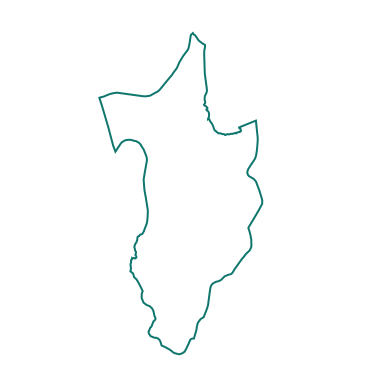 the district of Bachiangchaleunsook, Champasak, Laos, rotated 164°
{"feature_id": "54806243B89644559951637", "entity_name": "Bachiangchaleunsook", "entity_type": "district", "adm_level": 2, "iso_a3": "LAO", "parent_name": "Laos", "parent_adm1": "Champasak", "projection": "equal_earth", "projection_center": [105.973, 15.25], "detail": "fine", "context": "isolated", "style": "outline", "palette": "teal", "viewbox_px": 384, "rotation_deg": 164, "n_neighbors": 0, "source": "geoboundaries", "source_scale": "gbopen_adm2", "svg_char_len": 5834}
<svg xmlns="http://www.w3.org/2000/svg" viewBox="0 0 384 384"><g transform="rotate(164 192 192)"><path d="M273.1,132.8L272.5,131.9L271.1,129.9L271.1,126.1L269.5,123.4L268.6,120.3L267.6,115.5L266.7,110.4L268.3,108.2L269.6,104.0L269.1,99.1L266.9,96.0L264.1,93.9L262.5,91.2L261.9,88.2L262.2,83.4L262.2,82.7L261.9,81.4L261.9,80.6L262.2,79.8L263.4,78.8L264.8,78.2L267.9,74.0L270.0,72.6L271.1,70.9L272.1,70.1L272.5,67.9L271.5,64.8L270.0,63.7L268.8,62.6L267.7,62.0L266.5,61.7L265.6,61.0L264.5,59.7L263.9,58.4L263.6,56.8L263.6,54.6L263.5,53.0L262.9,52.2L261.1,50.8L258.5,48.3L256.8,46.5L255.6,45.0L254.3,43.0L253.2,41.9L249.0,39.5L246.0,39.6L244.5,40.1L243.0,40.6L240.2,43.5L238.5,45.5L237.3,46.8L235.0,49.7L234.3,50.5L233.3,50.9L232.3,51.0L231.1,50.8L230.6,50.6L227.0,56.2L226.3,57.3L225.6,58.6L225.1,59.6L224.6,60.9L223.3,63.2L222.6,64.3L222.0,65.0L220.5,66.1L219.9,66.6L219.3,67.1L218.7,67.4L218.0,67.7L216.9,68.0L216.2,68.2L215.3,68.4L214.2,69.9L213.2,71.2L211.4,73.5L209.2,76.5L207.7,79.0L203.8,88.0L202.7,90.5L201.3,93.6L200.1,95.9L198.9,97.1L197.5,98.2L195.6,98.7L193.3,99.1L191.6,98.9L189.2,99.2L187.8,99.7L185.3,101.1L184.0,101.9L181.7,102.2L179.4,102.4L177.3,102.3L176.0,102.8L174.6,103.9L172.4,106.0L165.1,111.8L161.9,114.3L159.9,115.5L157.5,117.4L155.7,118.4L153.6,119.4L152.0,120.6L150.8,122.0L150.0,123.2L149.5,124.8L149.0,126.6L148.7,128.0L148.2,129.5L147.7,134.5L147.6,139.3L147.8,141.4L147.4,142.4L138.9,150.3L132.1,156.8L128.5,160.6L127.9,161.1L127.3,162.8L126.8,164.5L126.7,166.9L126.8,174.4L127.6,184.3L128.3,186.0L129.0,187.5L132.8,191.5L133.5,193.0L133.6,194.5L133.4,195.9L132.6,197.1L131.6,198.6L127.7,202.0L124.0,205.1L122.1,206.8L120.4,209.3L118.3,213.8L116.4,218.6L114.4,224.1L113.8,226.6L110.9,243.0L128.9,241.1L128.9,240.3L128.8,240.1L128.6,240.0L128.4,239.9L128.2,239.8L128.1,239.6L128.0,239.1L128.0,238.8L128.0,238.5L128.0,238.2L128.0,237.9L128.3,237.6L128.3,237.4L128.3,236.9L128.6,236.7L128.8,236.7L129.3,236.8L129.6,236.6L129.8,236.7L130.1,236.8L130.3,236.8L130.7,236.6L131.0,236.6L131.3,236.7L131.6,236.7L132.1,236.6L132.4,236.6L132.8,236.7L133.1,236.5L133.5,236.2L133.8,236.5L134.1,236.8L134.8,236.8L135.5,236.8L136.1,236.7L136.4,236.8L137.0,236.8L137.5,236.8L138.2,237.1L138.7,237.3L140.3,237.1L141.3,237.5L142.2,237.9L143.2,237.7L143.6,237.8L144.0,237.6L144.3,237.6L144.5,237.7L144.9,238.3L145.1,238.6L145.3,238.8L145.6,238.9L146.2,239.1L146.6,239.2L147.5,239.8L148.1,240.3L148.5,240.5L148.8,240.7L149.2,240.8L150.1,240.9L150.3,241.0L150.5,241.3L150.7,241.7L150.9,242.0L151.4,242.4L151.7,242.7L151.8,243.0L152.0,243.5L152.3,243.9L152.5,244.1L152.7,244.4L152.9,244.6L153.0,244.7L153.1,245.0L153.2,245.3L153.3,245.9L153.4,246.8L153.5,248.9L153.6,249.7L153.8,251.2L154.0,252.0L154.2,252.7L154.5,253.3L154.7,253.8L154.9,254.4L155.0,254.8L155.1,255.4L155.2,256.1L155.3,256.7L155.3,257.2L155.4,257.4L155.5,257.6L155.9,257.7L156.1,257.6L156.5,257.5L156.4,257.8L156.1,258.3L155.7,258.8L155.2,259.4L154.8,260.0L154.7,260.4L154.5,261.0L154.3,261.6L154.1,262.2L154.0,262.6L154.0,263.1L154.0,264.0L154.1,264.6L154.2,265.0L154.4,265.4L154.6,265.7L155.2,266.3L155.5,266.7L155.5,266.9L155.5,267.1L155.4,267.3L155.2,267.5L154.7,267.7L154.4,267.8L154.2,268.0L154.0,268.4L154.1,268.6L154.3,269.0L154.4,269.6L154.6,270.0L154.8,270.3L155.3,270.9L155.6,271.2L156.3,271.9L156.4,272.0L156.4,272.4L156.3,272.5L156.2,272.8L155.8,273.1L155.2,273.6L154.9,273.9L154.7,274.2L154.6,274.5L154.5,275.0L154.5,275.6L154.5,276.1L154.5,276.6L154.4,277.1L154.2,278.1L153.1,280.8L150.8,283.3L149.8,285.0L149.3,287.1L147.1,302.1L142.3,321.2L141.1,324.8L139.9,327.0L138.9,329.7L141.2,332.2L142.9,334.5L143.9,336.0L145.3,340.3L145.6,341.2L146.0,342.1L146.6,342.6L147.1,343.5L147.3,344.5L149.8,343.3L152.5,337.5L153.5,335.3L155.8,331.0L156.9,329.8L159.0,328.2L163.1,325.1L168.4,320.2L171.2,316.7L172.6,315.1L177.3,311.6L179.1,309.9L181.1,308.7L195.3,298.9L196.7,298.3L197.9,297.8L198.7,297.8L202.1,297.0L203.5,296.7L205.1,296.2L206.4,296.2L208.4,296.5L210.2,296.7L211.9,297.3L213.5,297.9L215.5,298.8L236.8,308.2L240.7,308.7L243.7,308.8L246.4,308.6L250.1,308.1L253.2,308.1L253.3,308.2L255.1,308.1L254.8,299.1L254.6,277.6L255.0,258.2L254.5,251.9L246.7,258.6L245.5,259.2L244.3,259.6L243.0,259.9L241.7,260.1L238.5,259.7L236.6,259.0L234.8,258.1L234.1,257.4L231.9,256.4L230.6,255.2L229.1,253.5L228.2,251.4L227.6,248.9L226.8,246.5L226.0,238.9L226.2,236.5L226.6,234.8L232.5,222.8L233.9,219.7L234.9,217.7L235.4,215.8L235.9,213.2L236.6,209.9L237.2,206.7L237.6,202.9L237.8,200.7L239.5,186.6L240.2,184.3L241.4,180.6L242.7,177.3L244.2,174.1L247.5,169.8L249.2,167.4L250.7,166.0L251.0,165.6L251.5,165.4L252.1,165.3L253.2,165.3L253.4,165.3L253.7,165.2L254.1,165.0L254.2,164.9L254.6,164.5L254.8,164.4L255.0,164.2L255.9,164.2L256.0,164.1L256.4,163.9L256.7,163.7L256.8,163.5L257.0,163.2L257.2,162.7L257.4,162.2L257.6,161.7L257.8,161.2L257.9,160.9L258.1,160.6L258.4,160.3L258.6,160.1L258.9,159.5L259.0,159.3L259.4,158.8L259.6,158.7L259.9,158.5L260.4,158.2L260.6,158.0L260.9,157.5L261.1,157.3L261.3,157.0L262.0,156.1L262.2,155.8L262.4,155.4L262.5,155.0L262.6,154.7L262.6,153.4L262.6,153.0L262.8,152.3L262.8,151.9L262.8,151.5L262.8,151.3L262.6,150.7L262.4,150.3L262.4,150.0L262.5,149.5L262.6,149.1L262.8,148.7L262.9,148.4L263.1,148.1L263.2,147.9L263.6,147.5L263.7,147.2L263.7,146.8L263.6,146.4L263.4,146.0L263.4,145.7L263.3,145.4L263.3,145.0L263.4,144.7L263.5,144.5L263.7,144.3L263.9,144.2L264.2,144.1L264.5,143.8L264.8,143.8L265.1,143.8L265.3,143.9L265.6,144.2L266.0,144.5L266.4,144.7L267.1,144.5L267.5,144.6L267.8,145.0L267.9,144.8L268.1,144.5L268.4,144.0L268.5,143.7L268.8,143.7L269.1,143.6L269.2,143.4L269.5,142.8L269.8,141.6L270.0,141.0L270.1,140.9L270.3,140.6L270.7,140.1L270.9,139.8L271.0,139.5L271.1,139.0L271.3,138.5L271.3,138.0L271.5,137.0L271.5,136.6L271.7,136.1L271.7,135.7L271.7,135.1L273.1,132.8Z" fill="none" stroke="#0f766e" stroke-width="2"/></g></svg>